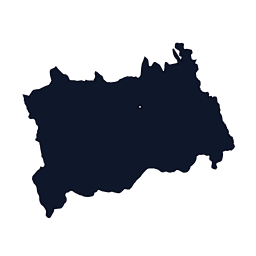 outline of Dilolo, Katanga, Democratic Republic of the Congo, rotated 351°
{"feature_id": "63176286B33518015273847", "entity_name": "Dilolo", "entity_type": "district", "adm_level": 2, "iso_a3": "COD", "parent_name": "Democratic Republic of the Congo", "parent_adm1": "Katanga", "projection": "natural_earth1", "projection_center": [23.36, -10.539], "detail": "fine", "context": "isolated", "style": "filled", "palette": "ink", "viewbox_px": 256, "rotation_deg": 351, "n_neighbors": 0, "source": "geoboundaries", "source_scale": "gbopen_adm2", "svg_char_len": 5812}
<svg xmlns="http://www.w3.org/2000/svg" viewBox="0 0 256 256"><g transform="rotate(351 128 128)"><path d="M194.2,53.1L193.7,53.0L192.6,53.3L192.0,53.1L190.0,52.2L189.1,52.2L188.5,52.5L188.2,53.0L187.6,55.6L187.7,56.0L188.8,57.2L190.9,58.9L191.4,59.7L191.7,60.5L191.7,60.9L190.9,62.7L190.7,64.3L191.1,64.8L192.1,64.9L192.5,65.3L192.7,65.7L192.7,66.9L191.4,69.7L190.3,69.3L184.9,56.9L184.9,61.1L185.1,62.7L185.4,64.1L186.0,65.5L187.8,68.5L187.9,70.7L187.4,72.2L179.6,72.6L177.9,72.2L177.3,70.9L176.3,69.7L175.4,69.5L174.4,72.4L174.3,74.0L173.0,78.1L171.4,78.1L170.6,77.1L170.4,75.8L168.9,71.5L168.3,70.6L164.9,67.7L164.3,67.7L163.7,68.1L161.1,71.2L159.5,71.3L157.9,70.6L157.7,68.9L157.9,65.0L157.5,63.3L155.8,61.1L154.1,64.3L152.5,66.9L151.3,70.3L149.4,78.1L147.3,80.4L145.2,80.8L143.9,79.3L143.4,79.0L142.7,79.3L141.0,79.2L139.6,78.3L136.6,78.0L135.1,77.5L133.5,78.0L132.3,78.0L131.4,78.4L129.5,79.0L128.1,79.1L127.4,79.4L125.5,80.8L122.7,81.1L117.6,81.0L116.6,80.5L115.0,80.4L113.8,79.8L113.1,79.1L111.0,76.7L110.7,75.9L110.5,73.9L110.1,73.0L108.2,71.4L106.4,69.0L104.9,67.7L104.5,68.3L104.2,69.1L104.4,69.9L104.4,72.1L104.0,73.2L103.4,73.9L103.4,74.1L102.5,75.0L102.5,75.8L102.1,76.5L96.6,75.7L94.9,75.2L94.0,74.6L93.0,75.9L91.1,75.3L89.5,74.3L85.2,74.3L84.0,73.9L82.7,73.3L77.5,72.3L76.2,67.5L75.2,66.6L74.9,66.1L72.7,65.5L71.9,65.0L67.5,59.0L66.3,56.6L64.6,57.9L63.3,58.0L60.8,58.9L60.2,60.3L60.0,63.9L60.6,69.4L58.8,71.7L57.0,73.7L53.0,74.4L46.1,76.5L44.0,76.2L40.6,76.3L39.5,77.2L35.5,81.5L34.9,81.6L33.9,80.9L30.0,79.3L30.6,82.6L30.6,83.5L30.1,84.3L30.5,85.2L30.4,87.5L31.6,90.1L31.8,91.8L31.6,92.8L31.8,93.5L32.4,94.1L32.4,95.1L32.7,96.2L33.9,98.7L32.0,101.5L32.5,102.5L33.4,103.2L36.1,103.3L37.3,104.2L38.1,105.5L38.5,109.8L40.0,111.6L40.1,113.1L39.6,115.3L38.9,116.1L38.4,117.1L38.3,118.6L37.1,120.3L36.8,123.6L36.5,124.3L35.4,124.7L35.4,125.5L36.5,126.1L38.5,127.7L39.0,128.5L38.8,129.8L39.1,132.0L38.9,134.5L39.2,140.5L38.8,142.6L39.7,144.1L40.0,145.7L40.1,148.7L40.6,149.5L40.6,151.3L40.0,152.8L38.5,154.0L37.3,154.1L35.9,153.2L34.5,155.4L32.2,156.4L28.7,159.5L27.6,160.3L26.6,161.3L26.2,162.6L26.0,163.8L26.4,165.5L26.7,165.9L26.7,167.2L28.3,169.6L28.9,171.2L29.1,172.2L29.0,176.9L29.3,178.5L29.9,179.8L30.2,180.8L30.3,182.1L29.9,184.9L29.9,186.5L30.3,188.2L30.8,189.6L32.6,191.6L33.3,192.9L34.2,194.8L34.7,196.5L34.8,197.9L33.8,201.2L34.0,201.9L35.0,203.3L35.5,203.7L36.6,203.8L37.5,203.1L38.9,201.2L40.6,199.2L41.1,198.4L41.8,196.2L42.2,196.0L43.9,195.9L49.0,196.2L50.0,195.7L51.4,194.4L52.8,192.3L54.6,191.2L55.3,189.9L55.5,189.1L55.6,187.5L54.9,185.8L54.8,184.3L55.0,183.6L55.6,182.6L56.7,181.6L58.9,181.5L59.9,180.9L61.5,180.4L62.5,180.4L63.6,180.9L65.9,183.1L69.9,185.9L73.4,187.4L73.5,187.9L76.2,188.8L78.3,189.2L82.0,189.1L83.3,188.4L84.2,185.9L86.2,185.7L87.0,185.3L87.8,184.3L88.6,183.7L89.4,183.7L90.4,184.2L92.7,185.7L97.8,187.5L99.3,187.9L101.6,187.6L102.8,187.8L104.4,188.7L108.2,190.2L109.2,190.3L110.8,189.8L114.5,187.2L115.4,187.0L118.2,188.0L119.5,188.2L120.1,188.0L122.1,186.4L124.6,183.4L126.4,182.0L127.9,180.4L131.9,177.8L132.0,177.5L132.4,177.4L134.4,175.3L136.6,173.5L139.7,171.2L141.4,170.5L143.5,170.6L147.8,171.3L150.3,172.6L150.9,172.7L152.5,174.1L154.2,176.0L155.0,176.4L156.4,176.5L159.0,176.1L161.0,177.4L162.2,177.8L163.0,178.0L164.9,177.6L166.2,178.0L168.4,176.9L168.9,176.4L169.6,176.2L171.3,176.8L172.9,177.7L174.8,179.3L176.0,180.1L177.4,180.3L179.4,180.1L181.2,178.9L182.4,177.3L182.9,175.8L183.4,175.3L185.4,174.2L187.9,172.3L189.3,170.5L190.2,168.7L190.5,167.0L191.1,166.1L191.8,165.6L192.6,165.6L193.0,165.0L193.9,164.8L196.5,165.3L198.3,165.3L199.7,165.7L201.6,167.1L203.7,167.0L204.4,167.5L204.8,168.5L204.8,168.8L204.7,169.9L204.3,170.4L204.1,171.2L204.3,172.0L206.1,173.8L206.3,174.7L206.0,176.6L205.4,178.1L204.9,179.7L205.1,180.2L205.8,180.9L207.9,181.9L208.3,181.8L209.3,180.6L208.8,178.7L208.6,177.2L209.4,176.3L210.9,175.4L214.0,174.9L215.0,174.3L216.0,172.2L216.7,170.2L217.2,167.7L216.9,166.4L217.1,165.6L218.0,165.6L218.6,165.3L219.8,165.2L220.4,164.8L221.0,164.8L221.7,165.3L222.3,165.5L223.0,165.3L223.9,165.4L225.3,165.0L226.5,165.7L228.4,164.6L229.4,163.7L229.8,163.0L230.0,162.7L229.7,161.5L229.1,160.1L229.2,159.2L229.7,158.7L229.3,157.2L229.8,156.7L229.4,155.7L229.1,155.2L229.0,154.8L229.4,154.4L229.4,154.1L229.1,153.5L228.6,153.1L228.1,152.9L227.8,152.5L227.6,152.5L227.2,151.7L226.8,151.6L226.7,150.6L226.4,150.6L225.8,149.7L226.3,147.7L226.2,146.2L225.8,145.2L224.9,143.6L225.1,142.8L224.9,142.2L224.4,142.6L224.5,140.4L224.3,139.8L223.4,139.0L223.0,138.2L223.2,137.7L223.1,137.4L222.5,137.5L222.2,137.2L222.0,136.2L222.1,135.7L221.6,134.6L222.0,134.2L222.1,133.8L221.9,132.9L222.0,131.6L221.8,130.9L221.8,130.2L221.5,129.3L221.2,129.2L220.8,128.0L220.5,126.1L221.1,125.4L221.5,124.3L221.1,123.2L221.1,121.6L221.4,119.4L221.1,118.7L219.8,117.1L219.7,115.2L219.9,113.0L219.6,111.5L218.6,111.1L217.4,111.1L216.7,111.8L215.6,112.1L215.4,110.8L215.0,110.0L212.5,110.2L212.0,109.2L212.7,107.3L212.7,106.6L212.4,105.9L211.8,105.4L209.4,105.6L208.3,104.8L207.7,104.9L206.8,104.2L205.1,101.8L204.9,101.2L205.1,100.4L204.9,99.8L203.9,98.5L204.8,97.9L205.3,97.4L205.8,96.3L206.0,94.9L206.1,93.7L205.3,92.2L204.4,91.6L203.9,90.2L203.3,89.7L202.8,87.8L202.9,83.9L206.1,81.0L206.2,80.7L206.0,79.4L206.0,77.0L205.8,76.4L203.8,75.2L203.5,74.7L203.9,74.0L204.2,73.2L205.2,71.8L204.2,71.9L202.5,71.5L201.7,70.9L200.9,69.8L200.8,65.9L201.0,65.3L201.6,64.6L202.7,63.8L202.9,63.0L202.6,62.2L202.6,61.4L201.0,60.6L199.5,60.2L198.5,59.7L196.1,59.8L195.4,59.1L195.0,58.5L194.8,57.7L195.1,55.6L195.6,54.3L195.5,53.7L194.9,53.5L194.2,53.1ZM144.0,107.3L144.6,107.9L144.9,108.9L144.8,109.4L144.0,110.5L143.7,110.8L141.7,110.2L141.2,109.1L141.3,108.5L141.9,107.7L143.1,107.4L143.3,107.6L144.0,107.3Z" fill="#0f172a" stroke="#020617" stroke-width="1.5"/></g></svg>